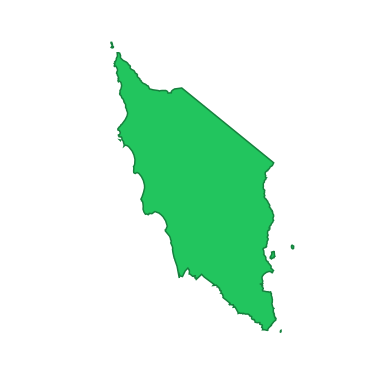 the district of Mulegé, Baja California Sur, Mexico, rotated 39°
{"feature_id": "50627088B42796639886072", "entity_name": "Mulegé", "entity_type": "district", "adm_level": 2, "iso_a3": "MEX", "parent_name": "Mexico", "parent_adm1": "Baja California Sur", "projection": "orthographic", "projection_center": [-113.158, 27.203], "detail": "fine", "context": "isolated", "style": "filled", "palette": "green", "viewbox_px": 384, "rotation_deg": 39, "n_neighbors": 0, "source": "geoboundaries", "source_scale": "gbopen_adm2", "svg_char_len": 6009}
<svg xmlns="http://www.w3.org/2000/svg" viewBox="0 0 384 384"><g transform="rotate(39 192 192)"><path d="M118.6,117.6L113.6,122.9L112.8,125.2L112.7,126.2L112.8,127.1L113.5,127.9L111.1,130.2L109.7,129.3L107.8,129.6L104.7,132.1L103.4,133.4L103.2,134.0L101.9,134.4L97.6,137.0L94.1,138.6L91.3,137.2L89.9,137.6L88.3,137.5L85.4,138.3L83.0,138.1L82.3,137.5L80.8,137.6L80.2,136.9L77.2,136.8L76.1,136.1L76.0,135.4L74.5,134.9L74.0,135.3L72.5,135.1L71.8,134.6L70.4,134.2L67.7,134.8L66.2,134.7L65.2,133.8L65.0,133.1L64.0,132.8L62.7,133.0L61.0,132.4L59.3,132.3L55.5,133.1L52.4,132.8L51.6,132.4L50.7,131.0L48.4,129.6L47.1,130.1L46.2,130.9L48.6,133.4L49.1,135.8L49.8,136.6L50.2,138.2L50.0,139.2L50.3,139.2L50.8,140.2L50.6,140.9L51.2,140.9L51.6,141.4L52.3,143.1L52.9,143.1L53.0,142.4L53.7,142.1L56.6,143.3L57.8,144.7L58.1,145.5L58.0,146.0L58.3,146.3L58.5,147.1L60.0,147.6L60.3,148.1L60.7,148.1L63.3,149.6L63.1,150.2L64.0,150.7L64.1,151.7L65.2,152.6L65.5,152.6L65.4,151.9L65.8,151.5L67.4,151.5L68.2,151.8L70.4,153.6L71.9,156.5L72.2,158.5L73.5,159.9L73.6,160.6L74.0,160.6L74.2,161.4L74.9,161.8L76.1,161.7L78.3,163.0L79.8,163.1L81.9,164.1L82.2,164.7L82.6,164.7L82.9,165.0L85.4,165.8L87.4,168.3L88.4,168.4L89.9,169.7L91.5,170.5L92.6,171.6L93.7,173.8L94.6,177.9L94.8,182.7L94.8,184.2L94.5,184.5L94.8,186.3L94.5,187.5L94.7,188.7L94.5,189.2L95.3,190.4L97.1,190.0L98.9,191.0L99.5,192.4L99.5,193.0L98.9,194.0L99.2,194.3L99.6,194.6L100.0,194.4L100.5,194.9L101.9,194.2L102.0,193.7L103.0,193.8L104.9,195.4L107.3,196.0L107.8,196.9L108.8,197.3L110.1,198.7L110.3,199.2L110.6,197.6L112.6,196.7L114.7,196.7L119.9,197.9L123.8,199.9L127.3,202.7L129.8,206.2L130.5,207.8L130.5,209.0L131.6,209.8L133.4,212.4L134.6,213.6L136.2,213.4L137.0,211.4L139.2,211.0L143.1,211.9L147.0,213.7L150.7,216.5L152.6,218.7L154.5,222.6L156.2,227.1L156.8,229.7L157.5,229.6L158.3,230.6L159.3,230.4L160.8,231.5L163.1,233.8L164.8,236.2L167.3,237.8L169.8,238.6L170.4,237.7L172.3,237.2L172.5,236.5L172.2,236.2L172.2,235.5L174.5,234.1L175.5,230.5L178.9,229.4L179.3,229.0L180.0,229.2L182.0,229.1L185.0,229.4L189.7,231.0L194.3,234.1L195.4,237.9L195.1,238.3L195.5,238.7L195.9,239.1L202.2,240.4L204.0,241.3L205.5,242.6L206.4,242.8L207.4,244.4L207.5,244.9L211.0,246.7L212.4,247.8L212.8,248.7L215.6,251.3L219.8,254.6L221.0,255.1L221.3,255.5L227.1,259.1L235.7,266.4L235.8,266.3L235.4,265.9L233.1,264.0L233.1,263.5L235.5,264.8L237.8,263.7L236.4,257.7L236.7,253.1L237.2,254.2L238.6,254.1L239.2,254.8L239.7,254.9L241.4,257.5L242.2,257.0L245.5,257.1L246.2,256.7L246.4,255.9L247.2,255.1L247.5,255.9L248.3,256.9L248.8,257.2L248.4,256.6L249.3,256.3L249.5,256.9L250.3,257.3L251.3,249.9L254.8,250.4L267.2,249.9L267.2,251.4L269.5,249.1L270.9,249.3L271.3,249.8L271.6,249.3L273.0,249.6L273.7,249.4L274.2,250.0L274.8,250.0L275.6,250.9L276.2,250.9L276.8,250.5L277.8,251.7L278.4,251.9L278.2,252.5L279.3,252.2L280.2,252.3L282.4,254.0L282.5,254.5L291.5,254.5L291.6,255.9L292.2,256.0L292.7,255.1L293.3,255.1L295.0,253.7L295.5,254.3L296.3,254.3L296.6,255.6L297.9,254.3L303.4,256.5L304.3,257.4L305.1,256.0L305.8,256.0L307.3,254.7L308.3,254.7L308.5,253.8L310.3,253.3L312.3,251.6L313.0,251.7L313.9,251.3L314.8,252.0L316.7,251.2L317.6,252.5L318.3,253.0L319.5,252.8L320.0,252.1L320.7,252.0L320.7,252.4L322.3,252.7L323.0,253.5L325.1,252.4L326.9,250.8L328.0,252.1L330.0,251.2L330.7,251.5L331.3,253.3L332.1,253.2L333.4,254.2L333.5,254.7L335.2,253.3L337.6,252.2L337.9,251.7L337.3,251.0L337.1,248.9L337.6,246.0L337.3,245.9L337.6,245.6L337.2,244.6L337.2,241.0L337.7,239.0L337.6,238.5L336.9,238.2L336.8,237.5L336.2,237.7L335.9,237.1L335.0,237.2L334.7,236.7L333.8,236.5L333.5,235.7L332.2,235.3L332.2,234.6L330.5,234.2L330.3,233.3L329.8,233.1L328.8,231.6L328.9,230.9L327.6,230.9L324.3,228.5L323.8,227.2L322.0,224.8L321.0,224.2L320.5,223.5L318.3,222.2L318.0,221.3L317.5,220.9L316.9,221.0L316.2,220.2L315.8,220.2L314.9,221.4L313.8,221.6L313.2,222.3L309.2,224.3L308.3,223.8L308.3,222.4L308.0,222.0L306.1,221.4L305.2,220.9L304.8,220.0L303.3,220.3L302.6,221.0L303.4,220.1L304.6,219.6L304.6,219.8L305.0,219.8L304.6,219.5L304.6,218.6L304.0,218.6L303.0,216.6L302.0,216.1L300.3,214.6L299.7,213.2L299.6,210.7L300.4,207.6L301.8,205.4L303.4,204.1L304.3,204.6L305.3,204.1L305.2,203.5L305.5,203.2L305.2,203.3L304.7,202.8L304.8,201.8L302.9,201.5L301.5,201.7L300.1,199.8L295.6,199.0L294.9,198.3L293.4,198.6L292.2,198.1L291.5,197.7L290.8,196.6L289.8,196.0L287.0,195.4L286.9,194.8L284.7,192.5L283.1,191.8L282.9,190.8L284.3,188.3L283.9,187.8L284.2,187.4L283.1,186.1L282.7,184.7L281.5,183.3L281.2,181.5L280.7,180.5L278.9,179.8L278.6,179.1L279.1,179.4L278.4,178.7L278.3,177.6L276.9,176.9L275.5,174.9L275.4,174.0L275.9,173.3L275.2,171.8L274.2,170.9L274.2,170.3L274.7,170.5L273.9,169.5L274.2,167.9L273.7,167.0L273.7,164.5L273.4,164.1L273.2,162.6L272.6,162.6L271.3,161.3L270.7,159.4L269.7,158.4L268.1,157.8L267.2,156.7L266.3,156.6L265.9,155.9L264.4,155.9L263.5,155.2L261.8,155.1L261.2,154.4L261.2,153.8L260.2,153.1L257.6,152.3L256.7,151.6L255.6,151.5L254.1,150.9L253.1,151.1L251.2,150.4L250.8,149.8L251.0,149.1L248.9,147.8L248.9,147.0L248.0,146.2L247.8,145.3L247.2,144.8L245.8,144.9L245.5,144.4L244.5,143.8L244.1,142.9L242.4,141.0L241.9,139.8L242.0,138.7L241.2,137.8L241.1,136.6L241.4,136.0L240.8,134.7L240.9,134.1L240.1,134.3L239.5,134.0L239.0,132.9L237.7,132.2L236.6,130.7L236.9,128.1L237.4,127.9L237.4,127.5L237.0,126.8L237.4,125.2L237.0,123.4L237.8,120.9L237.1,117.9L118.6,117.6ZM296.0,189.3L293.4,186.6L293.0,186.7L291.7,188.7L292.6,189.3L293.3,190.7L293.7,192.8L293.9,193.0L293.7,193.4L294.5,194.2L295.3,193.6L295.8,194.0L296.3,192.5L297.1,191.3L296.5,190.5L296.9,189.8L296.0,189.3ZM305.1,170.1L303.3,170.3L303.1,170.7L303.3,171.5L304.5,172.7L305.4,172.9L306.2,172.7L306.4,171.9L305.1,170.1ZM37.1,127.2L35.4,126.2L34.9,126.7L35.4,127.3L37.4,128.1L38.2,129.2L38.0,129.6L38.4,130.0L38.3,130.5L39.3,130.3L39.9,129.3L39.7,128.7L37.9,128.2L37.1,127.2ZM348.2,243.5L348.1,244.0L348.7,245.2L349.1,245.1L348.8,244.0L348.2,243.5ZM104.0,197.1L103.8,196.6L103.0,197.0L104.0,197.1Z" fill="#22c55e" stroke="#15803d" stroke-width="1.5"/></g></svg>